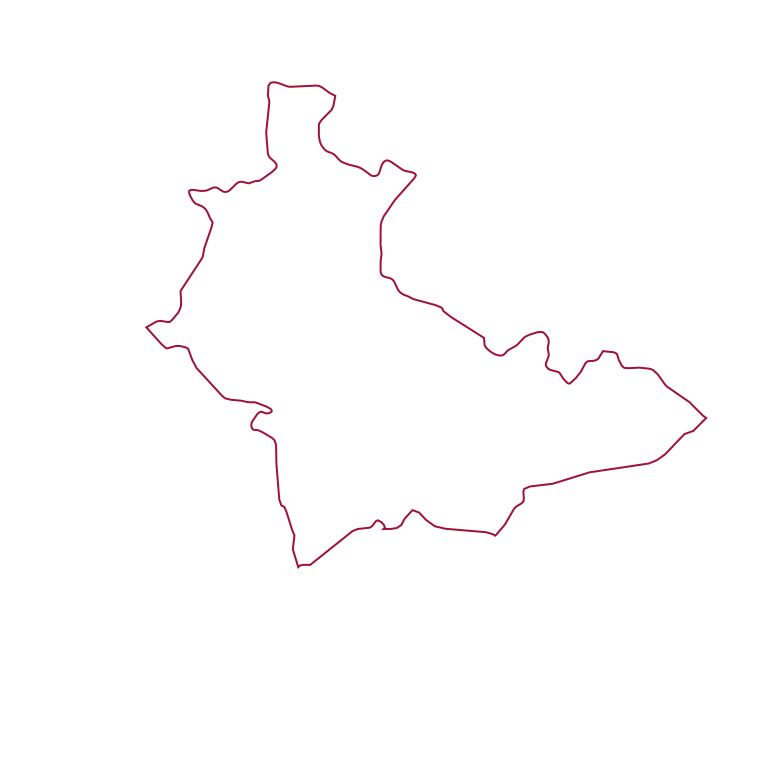 map outline of Dar`a (orthographic projection), rotated 308°
{"feature_id": "SYR-146", "entity_name": "Dar`a", "entity_type": "Province", "adm_level": 1, "iso_a3": "SYR", "parent_name": "Syria", "parent_adm1": "", "projection": "orthographic", "projection_center": [36.277, 32.826], "detail": "fine", "context": "isolated", "style": "outline", "palette": "rose", "viewbox_px": 768, "rotation_deg": 308, "n_neighbors": 0, "source": "natural_earth", "source_scale": "10m", "svg_char_len": 4834}
<svg xmlns="http://www.w3.org/2000/svg" viewBox="0 0 768 768"><g transform="rotate(308 384 384)"><path d="M264.5,462.1L262.1,461.3L253.6,452.6L248.9,449.8L196.0,437.2L191.5,431.4L189.4,429.6L186.9,429.2L197.5,414.0L205.7,409.0L209.5,406.7L212.6,401.2L223.0,386.2L225.8,381.1L225.1,377.9L228.6,372.5L254.7,348.5L269.5,336.5L272.0,332.9L272.3,332.0L272.6,329.4L271.2,317.9L270.4,314.4L269.7,312.2L268.4,310.7L267.9,309.9L267.5,308.9L267.7,307.6L268.4,306.2L270.4,304.3L272.0,303.6L273.5,303.2L282.2,302.7L284.6,303.1L285.5,303.5L286.3,304.1L286.9,304.9L287.2,305.9L287.7,307.9L288.1,308.8L288.7,309.7L289.2,310.4L290.0,311.1L290.8,311.6L291.6,312.0L292.5,312.3L293.4,312.3L294.0,311.7L294.5,310.8L294.4,308.6L293.8,305.2L290.6,294.8L289.7,292.8L287.7,290.6L285.6,287.4L283.0,281.8L282.9,281.7L277.3,273.0L274.8,267.4L275.1,263.0L281.2,226.3L281.7,225.4L285.0,217.9L291.2,208.0L291.0,206.4L290.3,204.0L288.1,199.5L286.6,197.5L285.4,196.3L278.5,191.1L278.0,190.3L278.4,184.2L282.3,161.8L293.0,166.2L294.3,167.2L296.2,169.0L299.2,174.6L300.9,176.9L304.1,177.6L313.5,177.9L316.3,177.4L319.4,176.4L321.1,175.5L324.2,173.3L331.4,166.9L332.2,166.4L371.1,163.2L373.2,162.6L380.6,158.7L401.1,151.7L405.8,149.5L407.6,144.8L410.4,139.7L411.2,137.8L411.9,135.5L411.9,135.4L412.0,134.4L412.1,133.3L411.9,130.9L410.1,124.4L410.3,122.5L411.0,119.9L413.4,114.5L414.9,112.5L416.3,111.6L417.3,112.0L418.1,112.5L418.8,113.1L419.4,113.9L423.3,120.7L425.7,123.6L427.1,124.9L427.9,125.5L433.2,128.3L433.9,128.8L434.6,129.5L435.2,130.3L435.7,131.2L436.0,132.2L436.5,138.2L436.8,139.3L437.3,140.2L437.8,141.0L438.6,141.6L439.3,142.2L440.2,142.7L441.6,143.1L450.6,144.3L452.7,144.9L453.6,145.3L455.1,146.6L455.7,147.3L456.2,148.1L458.3,152.8L458.7,153.6L459.4,154.3L464.3,157.4L465.7,158.8L466.9,160.3L469.1,161.4L481.7,165.1L485.6,165.8L488.3,165.9L489.2,165.5L490.3,164.6L490.7,164.2L491.1,163.4L491.4,162.3L491.7,161.1L492.1,154.8L492.3,153.8L492.7,152.8L494.3,150.4L509.1,136.8L511.0,135.5L511.1,135.4L535.4,120.2L537.0,118.6L539.6,115.1L547.8,109.4L549.5,109.2L551.5,109.2L553.3,110.7L554.2,111.8L554.9,112.9L555.8,114.7L556.5,116.6L558.7,123.7L559.5,125.6L560.6,127.3L577.2,146.6L577.9,147.5L578.8,149.3L579.1,150.3L579.4,151.4L579.6,152.5L579.9,162.0L581.1,168.2L571.6,173.1L567.7,173.9L553.9,172.3L550.7,172.4L548.7,172.7L540.3,179.2L537.5,181.9L535.2,184.8L533.7,187.5L532.8,190.3L532.2,192.9L532.2,194.6L532.3,196.0L532.6,197.1L533.6,200.1L534.0,202.3L534.2,203.6L533.7,207.3L533.1,210.5L533.0,212.3L533.0,213.8L534.1,218.0L535.5,222.0L538.8,229.3L539.5,231.4L539.9,233.6L540.2,236.0L540.4,245.1L540.6,246.2L541.1,247.2L542.2,248.6L542.8,249.3L543.7,249.8L544.5,250.2L545.5,250.4L546.4,250.4L547.0,250.4L554.6,247.6L555.7,247.3L558.1,247.1L559.2,247.2L560.4,247.5L561.2,248.0L561.9,248.6L562.4,249.4L562.9,250.3L563.4,252.4L564.2,266.3L564.4,267.4L564.6,268.5L565.5,270.5L567.8,275.1L568.8,278.2L568.6,279.7L568.1,280.6L567.0,280.9L564.7,281.2L535.7,279.3L515.8,280.6L510.6,282.0L506.9,283.8L491.8,295.4L485.0,302.0L479.1,305.5L471.3,311.4L469.5,313.3L468.6,315.0L468.5,316.2L468.6,317.4L469.2,319.4L470.5,322.2L470.9,323.1L471.2,324.2L471.4,325.3L471.5,326.5L471.3,327.6L471.1,328.7L467.0,336.7L466.4,338.8L466.2,339.9L466.1,341.2L466.5,344.7L467.8,348.8L469.0,354.9L477.8,375.9L479.6,382.1L479.2,384.0L478.9,384.5L478.0,385.9L478.0,395.2L481.9,434.4L476.6,439.3L475.4,442.2L475.1,446.0L475.1,448.5L475.5,452.2L475.8,453.6L476.5,455.2L477.7,457.7L478.6,458.9L479.3,459.6L480.7,460.2L483.0,460.7L485.3,460.7L486.5,460.9L487.6,461.2L495.2,464.4L497.3,464.9L507.2,465.9L509.5,466.8L512.7,468.5L519.1,472.9L521.4,475.3L522.6,477.3L522.6,479.9L521.5,484.2L521.0,485.1L520.6,485.9L519.2,487.3L517.8,488.5L514.2,490.3L512.6,491.4L511.9,492.1L509.3,495.1L508.7,495.7L507.9,496.2L506.0,497.0L499.8,498.9L498.8,499.7L497.8,500.9L497.1,504.0L497.6,506.7L500.5,513.3L500.9,515.1L500.3,517.2L498.7,521.7L498.3,523.6L497.7,527.4L498.0,529.1L498.8,530.2L506.9,531.5L514.7,531.6L524.0,530.0L525.2,530.0L526.4,530.3L527.5,530.7L529.6,532.9L530.8,534.5L532.6,535.9L534.4,536.9L535.4,537.2L536.5,537.3L544.7,536.3L550.4,545.4L551.2,548.8L550.7,549.7L547.5,554.2L544.9,560.1L544.6,562.0L544.7,563.5L547.2,567.2L554.0,575.0L558.9,582.8L560.1,585.4L560.7,587.5L560.3,592.4L559.9,594.7L556.5,606.1L556.2,608.7L557.8,637.0L557.4,638.5L555.4,655.2L555.6,658.7L555.6,658.8L537.6,656.7L529.5,651.6L501.6,648.8L491.9,645.9L484.5,641.7L441.0,600.4L409.2,578.3L393.1,562.1L387.7,559.1L385.2,559.9L379.5,565.0L377.1,566.2L374.1,565.7L369.0,563.7L365.9,563.3L347.6,565.8L340.5,565.5L334.6,565.3L332.8,564.9L332.7,562.4L330.0,555.6L307.8,521.6L303.2,511.7L302.8,500.7L304.3,490.8L302.1,484.1L290.5,483.2L283.4,484.5L278.2,482.6L273.9,478.5L269.4,472.9L271.3,473.2L272.9,470.8L273.5,467.0L272.8,463.1L270.9,462.1L264.5,462.1Z" fill="none" stroke="#9f1239" stroke-width="2"/></g></svg>